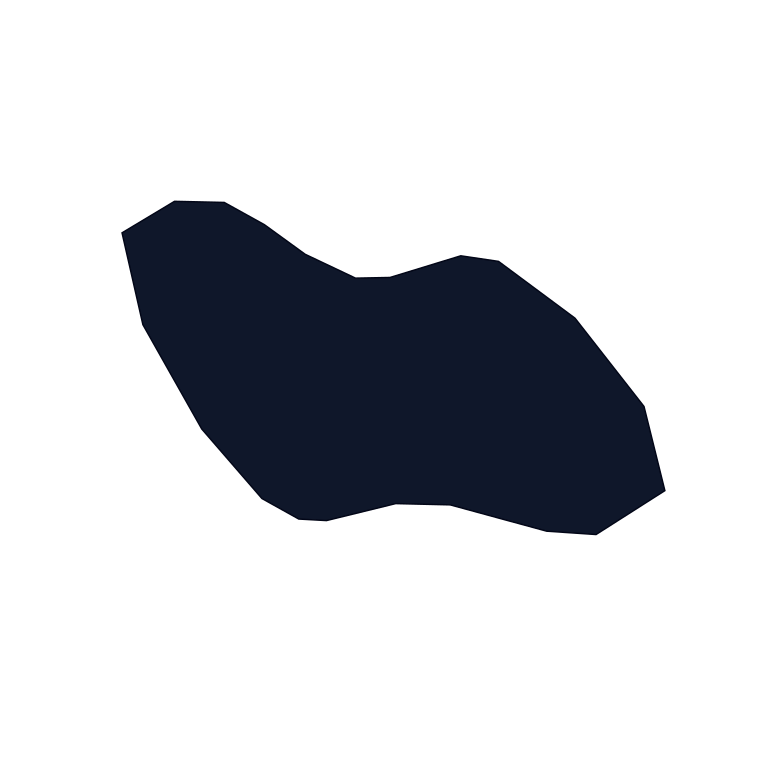 outline of Tinian, rotated 293°
{"feature_id": "MNP-4938", "entity_name": "Tinian", "entity_type": "state/province", "adm_level": 1, "iso_a3": "MNP", "parent_name": "Northern Mariana Islands", "parent_adm1": "", "projection": "mercator", "projection_center": [145.626, 14.999], "detail": "fine", "context": "isolated", "style": "filled", "palette": "ink", "viewbox_px": 768, "rotation_deg": 293, "n_neighbors": 0, "source": "natural_earth", "source_scale": "10m", "svg_char_len": 434}
<svg xmlns="http://www.w3.org/2000/svg" viewBox="0 0 768 768"><g transform="rotate(293 384 384)"><path d="M470.3,119.8L488.7,166.0L483.9,211.7L472.6,260.7L470.3,316.4L484.4,347.9L532.0,404.6L541.6,441.5L519.2,534.1L464.9,632.1L395.6,684.2L328.3,638.0L312.1,591.3L298.6,492.1L278.5,441.5L235.8,384.4L226.4,358.3L230.9,316.4L271.4,233.8L344.4,138.9L420.8,83.8L470.3,119.8Z" fill="#0f172a" stroke="#020617" stroke-width="1.5"/></g></svg>